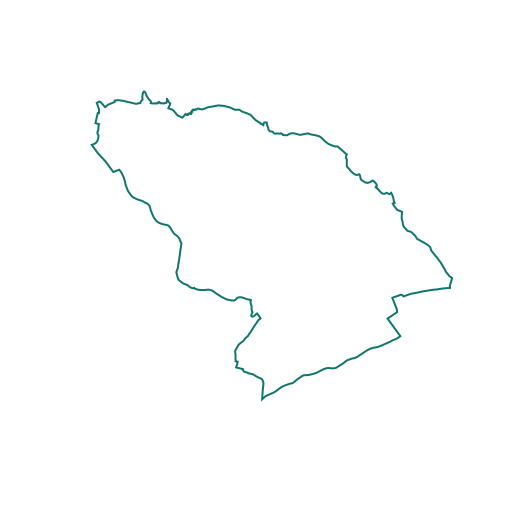 Bichis, Mures, Romania (Mercator projection), rotated 196°
{"feature_id": "2599482B14614576854068", "entity_name": "Bichis", "entity_type": "district", "adm_level": 2, "iso_a3": "ROU", "parent_name": "Romania", "parent_adm1": "Mures", "projection": "mercator", "projection_center": [24.102, 46.369], "detail": "fine", "context": "isolated", "style": "outline", "palette": "teal", "viewbox_px": 512, "rotation_deg": 196, "n_neighbors": 0, "source": "geoboundaries", "source_scale": "gbopen_adm2", "svg_char_len": 6116}
<svg xmlns="http://www.w3.org/2000/svg" viewBox="0 0 512 512"><g transform="rotate(196 256 256)"><path d="M352.6,381.7L353.6,380.4L354.4,380.5L354.7,380.2L354.8,379.7L355.5,379.2L356.1,379.5L356.8,379.5L357.0,379.3L357.5,378.4L357.4,378.0L357.1,377.4L357.0,377.2L358.0,376.8L358.1,376.5L358.0,376.2L357.5,375.7L357.3,375.2L357.4,374.8L357.6,374.5L358.2,374.4L358.5,374.5L359.1,375.0L359.4,374.9L360.3,374.1L360.7,373.6L360.8,373.2L360.3,373.1L360.2,373.0L360.3,372.8L361.0,372.5L362.1,372.6L362.8,373.1L364.9,368.7L369.1,369.3L370.5,369.7L374.2,372.3L375.7,373.2L377.1,373.7L379.8,373.8L381.0,374.0L380.5,377.3L380.5,379.0L381.4,379.4L382.7,380.4L384.7,382.4L384.8,382.4L384.4,380.7L384.2,379.6L384.4,378.5L385.3,378.3L386.7,377.2L388.8,376.9L389.6,376.5L390.0,376.4L390.3,376.6L390.5,376.8L391.0,377.2L391.9,377.3L392.2,376.8L392.3,376.1L392.7,375.6L393.0,375.4L393.4,375.6L394.5,374.9L395.3,374.8L396.7,374.3L398.5,373.9L399.3,373.9L399.3,374.6L399.6,375.5L400.6,376.3L401.7,376.8L405.0,379.4L407.4,382.6L408.7,383.3L409.2,383.2L409.6,381.8L409.6,380.5L409.2,377.9L408.7,376.4L408.2,375.4L408.2,374.9L408.9,373.6L409.3,372.7L409.4,371.0L410.2,370.8L412.6,369.5L413.3,369.2L419.5,368.9L422.8,368.6L425.5,368.7L431.0,367.9L433.9,366.9L434.6,366.5L434.5,365.5L434.3,365.1L439.8,360.8L441.4,358.5L441.9,357.5L442.1,357.5L447.7,361.1L449.2,361.3L451.3,359.3L447.1,353.4L446.4,350.0L447.5,349.8L447.1,341.3L446.9,339.4L443.2,339.5L443.2,338.2L443.0,336.5L442.3,333.6L442.3,333.0L442.5,332.4L442.5,330.9L442.2,330.2L441.9,329.6L440.5,328.3L440.3,327.2L440.1,325.6L440.1,323.2L440.7,321.3L441.2,320.4L442.6,319.0L444.5,317.5L436.3,311.2L427.0,305.6L416.3,297.4L411.4,301.2L410.5,300.7L409.3,299.8L407.6,298.3L404.9,295.2L402.9,292.2L400.5,287.8L397.4,283.8L396.6,282.9L393.6,280.4L391.3,278.9L388.6,278.2L385.3,277.7L380.9,277.6L380.2,277.4L379.5,277.4L378.6,277.2L377.4,276.7L375.2,276.5L373.5,275.7L372.4,275.0L371.7,274.2L370.8,272.8L370.2,271.6L369.7,270.8L367.2,267.6L364.6,264.6L361.3,262.1L359.1,261.3L356.2,260.9L354.2,260.9L349.3,261.2L348.2,260.9L346.6,259.9L345.6,259.1L343.6,257.0L340.9,254.9L340.1,254.5L337.9,253.8L336.2,252.9L334.4,251.5L333.7,250.7L333.3,249.8L332.8,249.3L331.9,248.4L331.2,247.8L330.3,241.0L328.8,230.6L328.6,227.9L328.3,226.2L328.1,224.4L327.8,222.7L328.0,221.2L328.1,218.4L327.3,217.1L326.5,215.5L324.8,213.0L324.0,212.0L323.0,211.3L319.1,209.8L318.0,209.5L313.6,209.1L311.1,207.9L309.0,207.6L307.6,207.6L306.5,208.3L306.0,207.8L303.2,207.6L301.5,207.8L299.3,208.2L295.6,209.3L292.7,210.5L291.4,210.7L288.6,210.7L282.4,208.5L281.0,208.2L277.9,207.2L272.5,206.2L267.6,206.5L265.6,206.9L265.1,207.1L264.4,207.4L263.7,208.2L262.3,210.8L261.9,211.1L260.2,211.9L257.6,212.4L253.3,212.0L249.0,212.3L248.7,212.2L248.8,210.6L247.1,207.5L246.6,207.0L246.0,205.4L245.9,204.3L244.5,201.5L243.9,201.1L243.8,200.8L243.8,200.4L244.2,199.5L244.2,198.6L244.1,197.6L243.7,196.8L243.1,196.7L242.5,196.8L241.9,197.2L241.0,198.1L240.3,199.4L239.2,201.0L236.0,198.7L234.4,197.2L235.0,196.3L235.8,195.5L236.1,194.9L237.9,189.2L238.2,188.6L238.8,186.2L239.8,183.0L240.4,180.7L240.8,179.8L241.3,178.6L241.4,177.6L241.8,176.7L243.4,174.3L244.8,170.8L247.5,167.2L248.5,165.2L249.8,159.4L249.8,158.4L249.4,157.6L248.6,155.7L247.9,153.7L247.6,152.0L247.2,151.1L246.5,149.9L246.5,149.2L245.2,149.1L244.5,149.3L244.3,147.6L244.3,146.4L244.4,143.4L237.5,143.7L237.5,143.1L237.1,142.9L236.2,141.9L235.6,141.6L231.8,141.4L230.7,141.3L230.7,141.2L226.8,141.4L225.4,141.2L221.9,140.2L216.4,139.3L215.1,138.0L213.7,135.7L212.9,131.1L212.6,129.2L210.6,120.0L209.4,121.9L208.3,123.7L206.3,125.5L201.4,129.6L200.4,130.6L195.6,136.8L193.8,138.5L191.5,140.3L188.0,142.7L186.2,143.6L184.6,145.3L182.5,148.6L180.0,151.6L178.4,153.5L177.4,154.4L176.9,154.7L176.0,154.9L172.5,156.2L168.5,158.4L165.4,160.6L160.6,165.2L157.6,167.4L155.6,168.3L151.3,169.1L149.9,169.6L148.5,170.4L148.0,170.8L142.3,177.2L140.9,179.3L139.9,180.6L139.1,181.3L138.4,181.7L136.4,183.3L132.9,185.2L131.2,186.6L123.6,195.5L121.7,197.4L120.6,198.4L119.2,199.3L117.8,200.2L114.9,201.5L113.1,202.7L111.4,203.9L103.4,210.6L101.8,212.3L97.2,216.0L95.2,218.8L112.3,232.1L104.9,240.9L106.0,243.7L113.4,253.3L112.7,254.0L108.3,257.0L106.3,258.6L105.3,258.8L104.4,258.7L103.1,257.8L97.9,261.5L96.0,262.7L90.5,265.4L86.3,267.8L75.2,272.9L74.0,273.2L67.9,276.1L60.7,278.8L61.5,280.9L61.4,284.9L61.4,288.8L64.6,290.0L69.4,293.4L70.3,294.6L77.0,300.9L78.4,301.8L79.9,303.1L81.6,304.4L83.8,305.8L89.2,309.7L90.8,312.3L92.4,313.3L94.6,314.1L98.1,315.1L105.9,316.9L108.6,319.4L112.5,321.4L114.0,322.0L117.3,321.9L121.0,324.2L122.7,325.6L124.1,328.2L124.6,329.5L125.7,331.0L126.4,332.5L127.9,338.8L133.0,339.2L137.4,342.4L139.0,344.1L137.4,345.3L138.5,346.5L140.3,350.2L142.0,352.4L143.5,354.0L144.4,352.7L145.0,352.2L146.4,352.5L148.0,352.7L148.6,351.9L149.4,351.4L150.7,350.9L151.4,350.9L152.8,351.2L156.7,353.6L158.2,354.3L159.0,355.4L159.4,354.9L160.0,355.2L159.3,357.1L160.1,358.3L161.1,359.1L164.0,360.7L164.7,360.6L165.2,360.3L166.2,358.9L167.6,357.8L169.0,357.0L171.2,356.8L175.3,358.0L176.4,358.7L177.9,361.4L178.6,362.5L179.3,363.0L180.8,362.0L181.9,361.6L183.0,361.6L184.3,361.9L185.8,362.5L189.0,364.2L190.3,365.3L192.8,366.7L193.3,367.3L193.7,368.0L195.2,373.5L195.8,374.4L196.5,375.1L196.7,375.9L196.9,377.1L196.7,378.7L197.4,378.9L207.5,383.7L208.8,383.6L209.9,383.2L211.5,383.1L215.2,383.4L217.6,383.8L219.8,384.7L221.9,385.6L226.0,387.8L227.9,388.5L231.7,388.5L236.9,388.0L239.9,388.2L246.9,384.6L253.0,384.4L254.6,384.1L256.4,383.4L257.6,382.6L259.2,380.8L259.9,380.5L263.3,379.7L263.7,380.2L264.3,380.5L265.3,380.4L265.8,380.8L266.3,380.7L266.7,380.3L267.2,380.0L268.4,379.9L269.7,379.6L270.9,379.0L272.2,378.8L272.8,379.0L274.0,379.9L274.5,380.0L275.1,379.9L277.1,379.7L278.0,380.3L279.0,381.1L279.4,382.2L281.2,384.7L282.4,387.2L284.4,386.9L284.9,386.5L285.2,385.4L285.1,383.8L285.6,383.9L286.9,384.6L287.9,384.5L288.5,384.9L294.3,386.7L299.9,390.1L303.8,390.7L309.2,391.0L312.4,392.0L316.4,390.8L322.3,391.6L328.1,391.4L333.7,390.4L340.8,386.8L342.9,385.9L345.5,383.8L348.3,382.0L352.6,381.7Z" fill="none" stroke="#0f766e" stroke-width="2"/></g></svg>